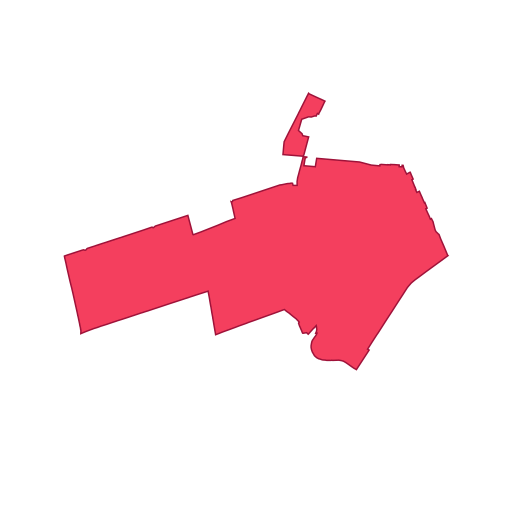 Popesti Leordeni, Ilfov, Romania, rotated 126°
{"feature_id": "2599482B19564761828929", "entity_name": "Popesti Leordeni", "entity_type": "district", "adm_level": 2, "iso_a3": "ROU", "parent_name": "Romania", "parent_adm1": "Ilfov", "projection": "natural_earth1", "projection_center": [26.205, 44.348], "detail": "fine", "context": "isolated", "style": "filled", "palette": "rose", "viewbox_px": 512, "rotation_deg": 126, "n_neighbors": 0, "source": "geoboundaries", "source_scale": "gbopen_adm2", "svg_char_len": 4998}
<svg xmlns="http://www.w3.org/2000/svg" viewBox="0 0 512 512"><g transform="rotate(126 256 256)"><path d="M126.7,303.7L136.9,302.1L147.0,300.4L150.6,298.3L158.1,293.8L147.5,276.4L149.3,275.6L150.4,275.1L151.6,274.7L152.4,274.4L155.3,273.2L159.3,271.7L161.7,270.8L164.5,269.7L168.2,268.3L171.5,266.6L174.7,264.2L177.1,267.5L175.7,269.2L176.5,270.6L177.0,270.8L178.4,272.5L178.7,272.8L178.9,273.1L183.8,277.6L184.3,278.3L216.6,301.4L224.7,307.4L225.0,307.2L225.3,307.1L225.6,307.1L226.1,307.2L226.5,307.3L226.6,307.5L226.7,308.0L227.8,306.5L231.5,302.2L232.8,300.8L237.9,295.0L245.5,300.1L253.3,304.8L261.0,309.7L268.9,314.7L275.6,319.2L275.7,319.6L275.2,320.3L263.2,335.0L290.9,355.0L291.3,355.1L292.1,355.4L292.5,355.4L293.3,355.6L293.6,355.9L293.7,356.2L293.7,357.0L294.0,357.3L301.0,362.2L313.5,371.2L338.0,389.0L348.0,396.2L348.8,396.8L349.5,397.1L350.1,397.1L351.2,397.2L351.8,397.6L352.0,398.0L352.2,398.8L352.4,399.2L353.9,400.4L357.5,403.0L357.9,403.3L365.9,409.1L368.1,410.6L368.6,411.0L368.8,410.9L369.8,409.8L370.2,409.4L371.2,408.2L373.8,405.2L376.0,402.8L376.5,402.2L376.8,401.9L385.7,391.7L388.9,387.9L390.6,385.8L391.0,385.4L393.5,382.5L398.0,377.4L402.8,372.0L403.3,371.4L405.8,368.6L407.2,367.0L408.7,365.4L409.0,365.1L409.6,364.3L410.7,363.1L411.8,361.9L413.5,360.0L414.4,359.0L414.7,358.7L415.5,357.9L416.1,357.2L416.4,356.9L416.7,356.5L417.5,355.6L417.7,355.4L417.8,355.3L417.9,355.2L418.0,355.2L418.2,354.9L418.4,354.8L418.7,354.4L418.8,354.4L419.1,354.0L419.4,353.7L419.5,353.6L421.8,352.1L420.3,351.2L417.2,349.3L414.9,347.8L413.2,346.7L411.6,345.6L410.5,344.9L409.9,344.5L407.0,342.3L404.0,340.3L399.7,337.1L398.6,336.3L393.8,332.9L390.9,330.8L390.0,330.2L386.4,327.5L382.4,324.6L380.6,323.3L378.2,321.6L376.4,320.3L376.0,320.0L375.0,319.3L370.8,316.3L370.2,315.9L368.0,314.2L366.7,313.3L365.1,312.1L364.8,311.9L364.7,311.8L364.6,311.7L363.1,310.6L362.7,310.4L362.5,310.2L361.8,309.7L359.7,308.2L352.9,303.3L348.7,300.3L343.7,296.7L338.6,293.0L335.3,290.6L323.5,282.1L312.6,274.1L317.1,269.3L318.9,267.5L319.6,266.8L323.1,263.2L323.7,262.5L326.5,259.7L327.3,258.9L328.0,258.2L331.3,254.7L331.5,254.6L334.0,252.0L336.0,250.0L339.6,246.3L340.2,245.7L342.2,243.6L343.4,242.4L340.2,240.3L338.1,239.0L337.4,238.6L337.1,238.3L336.7,238.1L333.9,236.2L332.6,235.3L326.0,230.9L322.6,228.7L315.9,224.1L315.7,224.0L314.1,223.0L309.2,219.6L301.8,214.6L293.6,209.0L288.3,205.4L285.4,203.5L282.6,201.6L282.8,199.0L282.8,197.9L282.7,195.0L282.8,195.0L283.1,190.3L283.2,186.8L283.2,186.5L283.2,186.4L283.3,186.2L283.3,185.9L283.5,185.5L283.5,185.3L283.5,185.0L283.5,184.7L283.7,184.0L284.1,182.2L285.3,182.1L286.8,180.0L287.2,179.4L287.3,179.2L288.0,177.9L288.6,177.0L289.2,175.9L289.7,175.1L290.8,173.4L291.0,172.8L290.9,172.6L288.3,170.0L288.6,167.8L288.0,167.7L280.3,166.9L280.1,166.7L276.9,166.4L277.5,165.7L279.8,163.6L281.4,162.8L283.4,162.3L282.6,161.3L284.0,161.0L285.6,160.8L287.1,160.9L289.4,160.8L290.8,160.8L292.1,160.6L293.1,160.2L295.0,159.3L296.2,158.7L297.7,157.6L299.0,156.2L300.5,154.1L302.3,150.1L302.6,147.2L302.3,144.9L301.8,143.7L301.2,141.7L300.8,140.8L299.4,138.6L299.1,137.8L296.4,134.0L296.0,133.7L295.3,132.5L291.6,127.8L290.3,125.1L289.7,123.4L289.4,120.5L289.3,113.4L289.2,110.2L289.0,109.4L288.9,108.0L265.6,109.2L265.6,109.4L265.8,111.0L263.5,111.1L257.4,111.5L248.4,112.0L246.8,112.0L229.6,113.0L221.4,113.4L214.5,113.8L207.4,114.2L201.1,114.5L196.1,114.8L192.5,115.0L189.4,114.8L188.7,114.7L187.1,114.6L186.1,114.4L185.2,114.2L181.7,113.3L174.8,111.1L169.3,109.4L142.9,100.9L142.9,101.0L142.4,102.0L137.8,109.5L133.7,116.5L131.0,120.6L131.0,121.4L130.5,124.7L129.8,126.1L129.3,126.8L125.7,131.2L124.3,132.8L122.6,136.1L123.7,136.6L122.1,139.1L120.0,142.9L118.0,146.4L116.7,145.7L113.5,150.8L114.0,151.0L113.7,151.5L112.0,154.5L111.4,155.5L111.2,155.7L110.7,156.6L109.8,158.2L107.6,161.9L110.0,163.2L108.6,165.8L108.3,165.6L107.9,166.2L107.6,166.7L107.2,167.2L106.2,169.0L106.3,169.0L105.9,169.5L103.0,174.2L102.9,174.2L102.6,174.7L101.4,174.1L98.6,178.9L98.1,179.5L97.6,180.6L101.2,182.3L100.6,183.3L100.2,184.2L99.7,185.1L99.5,185.5L98.6,187.0L98.3,187.6L98.1,188.0L97.3,189.0L97.2,189.1L96.2,190.3L96.7,191.1L98.1,190.4L98.3,190.7L99.6,192.7L98.2,193.6L98.4,194.0L98.7,194.5L98.8,194.6L100.5,197.4L102.9,201.0L103.3,200.8L104.6,203.0L104.8,202.9L108.2,208.4L109.2,209.4L110.3,208.8L114.7,216.2L119.1,227.5L131.9,248.7L141.3,264.3L148.9,260.5L154.8,270.3L148.2,273.6L147.6,273.7L147.3,273.6L146.4,272.9L146.1,273.1L147.9,276.1L146.4,276.7L145.6,276.9L144.8,277.2L128.7,283.4L131.2,288.9L130.0,290.6L129.5,295.4L118.5,299.4L112.4,295.2L111.1,293.0L107.9,290.6L107.5,289.6L104.6,290.1L104.4,288.7L104.1,288.8L103.4,289.0L100.3,289.4L98.0,289.8L95.9,290.2L91.3,291.1L90.2,291.2L90.5,293.0L92.0,300.3L93.4,307.5L93.5,307.9L93.6,308.6L93.4,309.1L93.8,309.1L94.7,308.9L96.0,308.7L96.3,308.7L101.0,307.9L108.4,306.7L112.4,306.0L115.1,305.6L115.9,305.4L121.0,304.6L126.0,303.8L126.6,303.7L126.7,303.7Z" fill="#f43f5e" stroke="#9f1239" stroke-width="1.5"/></g></svg>